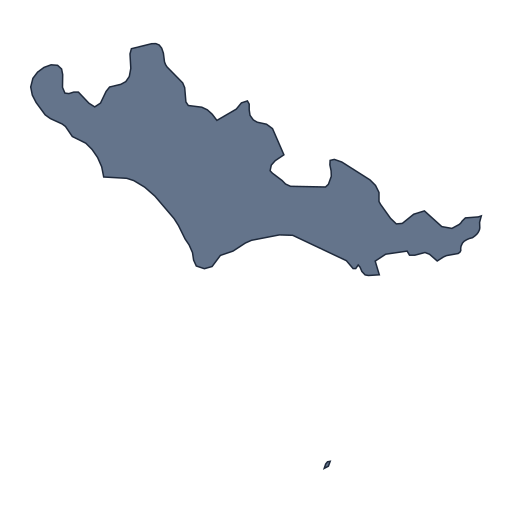 outline of Latina
{"feature_id": "ITA-5426", "entity_name": "Latina", "entity_type": "Province", "adm_level": 1, "iso_a3": "ITA", "parent_name": "Italy", "parent_adm1": "", "projection": "orthographic", "projection_center": [13.255, 41.249], "detail": "fine", "context": "isolated", "style": "filled", "palette": "slate", "viewbox_px": 512, "rotation_deg": 0, "n_neighbors": 0, "source": "natural_earth", "source_scale": "10m", "svg_char_len": 1984}
<svg xmlns="http://www.w3.org/2000/svg" viewBox="0 0 512 512"><path d="M437.2,261.0L429.6,254.3L425.0,252.5L414.8,255.2L409.5,255.2L407.1,251.1L385.7,254.2L375.2,261.1L379.3,274.8L368.4,275.5L365.1,274.9L361.9,271.5L360.0,267.1L358.2,265.0L355.7,268.6L353.1,268.6L346.4,260.7L292.7,235.3L279.4,234.9L251.5,240.3L245.4,243.0L233.0,251.1L220.4,255.4L212.1,266.5L204.4,268.7L196.3,266.0L193.6,260.1L192.5,252.6L189.1,244.9L185.1,239.0L178.5,225.6L174.0,218.5L154.9,196.1L144.6,187.1L133.8,180.6L126.7,178.3L103.7,177.0L101.7,166.8L97.6,157.5L92.1,149.5L85.8,143.2L72.3,136.5L65.5,126.5L62.2,124.0L50.4,118.6L45.2,114.9L36.1,102.5L32.3,95.1L30.7,87.0L32.9,78.3L37.6,72.1L44.0,67.4L51.1,64.8L57.6,65.3L61.6,69.0L62.7,74.6L62.5,87.4L64.9,93.1L68.9,93.6L73.7,92.1L78.4,92.1L88.9,103.2L94.7,106.9L100.5,103.1L106.1,91.4L109.6,87.0L120.9,84.3L125.8,81.6L129.3,76.5L130.8,68.4L130.0,53.9L131.4,48.7L151.6,43.7L155.8,43.6L159.2,45.0L161.7,48.2L163.4,53.2L164.5,61.9L165.6,64.7L167.0,66.9L182.7,82.9L184.7,87.7L185.9,101.9L188.3,105.5L201.8,107.2L207.3,109.8L212.2,114.2L216.9,120.4L236.3,109.1L241.4,102.9L247.4,100.9L249.2,104.1L249.2,109.8L250.0,115.3L253.3,119.9L257.2,122.2L266.5,124.2L272.5,128.6L283.9,154.8L275.2,160.7L271.3,165.1L270.1,170.7L272.3,173.1L282.1,180.5L285.5,184.0L290.5,186.3L325.5,187.0L328.4,184.3L331.3,176.3L331.1,170.9L329.9,164.9L330.1,160.4L334.3,159.4L341.8,162.0L370.0,179.9L375.5,185.4L379.0,192.5L379.0,201.5L380.5,204.3L390.5,218.3L396.3,223.9L402.3,223.4L413.7,214.2L424.4,210.9L441.8,226.6L451.9,228.4L459.3,224.4L460.9,222.9L462.2,221.0L465.4,217.9L478.4,216.9L481.3,215.9L479.6,222.3L479.8,227.9L479.5,229.6L478.9,231.0L478.1,232.5L477.0,234.0L475.3,235.6L472.5,237.7L469.4,238.5L466.9,239.6L464.2,241.2L462.5,243.0L461.0,246.3L460.7,248.5L460.8,250.5L460.0,252.1L458.2,253.5L446.5,255.6L443.4,257.0L437.2,261.0L437.2,261.0ZM325.7,464.0L327.5,461.8L330.2,461.3L328.4,466.2L324.2,468.4L325.7,464.0Z" fill="#64748b" stroke="#1e293b" stroke-width="1.5"/></svg>